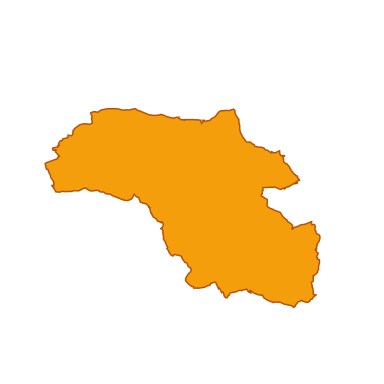 Cepari, Arges, Romania (Robinson projection), rotated 197°
{"feature_id": "2599482B57703941239263", "entity_name": "Cepari", "entity_type": "district", "adm_level": 2, "iso_a3": "ROU", "parent_name": "Romania", "parent_adm1": "Arges", "projection": "robinson", "projection_center": [24.502, 45.211], "detail": "fine", "context": "isolated", "style": "filled", "palette": "amber", "viewbox_px": 384, "rotation_deg": 197, "n_neighbors": 0, "source": "geoboundaries", "source_scale": "gbopen_adm2", "svg_char_len": 5982}
<svg xmlns="http://www.w3.org/2000/svg" viewBox="0 0 384 384"><g transform="rotate(197 192 192)"><path d="M312.1,238.0L309.6,234.9L309.6,232.9L307.5,229.1L309.0,227.0L313.3,226.2L316.3,225.2L319.0,223.4L322.9,218.3L323.2,216.5L323.8,215.5L323.2,214.4L323.0,212.4L323.5,210.6L325.5,210.2L327.1,210.2L326.7,207.7L331.2,204.9L331.2,203.2L332.8,202.6L333.8,199.5L332.6,197.8L333.9,197.3L333.7,196.4L333.5,196.2L333.5,195.7L337.3,193.9L338.1,193.0L337.7,191.9L337.2,191.4L336.3,191.4L335.5,191.8L334.9,192.5L334.2,192.5L334.1,192.0L334.5,191.1L334.1,190.3L329.2,187.4L330.4,186.4L330.5,184.4L339.9,177.4L340.7,176.1L337.8,171.2L336.4,171.5L334.9,169.2L332.3,166.6L331.3,164.6L326.9,161.0L326.8,159.8L326.1,158.2L327.9,157.3L326.9,156.1L326.3,156.4L325.6,156.3L325.4,155.3L322.2,152.3L318.4,153.2L316.0,154.9L314.3,155.0L307.9,157.1L305.0,158.8L300.5,160.1L296.4,164.0L294.4,164.7L291.9,163.6L289.1,163.4L286.1,164.5L284.1,165.6L281.8,165.9L279.2,165.2L278.0,165.8L276.3,166.1L273.9,165.1L269.3,166.0L266.7,165.2L254.8,164.3L251.3,164.9L248.6,166.8L247.3,168.5L246.7,172.9L243.8,171.2L241.5,171.0L240.8,170.3L238.4,167.1L232.1,167.2L227.9,164.8L228.4,164.5L228.2,164.4L227.0,163.1L226.5,162.2L226.2,161.2L225.5,160.7L225.3,160.1L225.1,160.1L224.7,159.5L224.2,159.4L223.9,158.9L221.5,156.6L220.2,156.4L218.2,155.8L216.9,154.5L215.6,153.8L214.9,154.3L212.6,153.6L212.2,154.7L210.4,153.4L209.7,151.5L210.2,149.3L211.0,148.4L211.1,147.7L209.7,147.8L208.2,145.7L208.1,144.7L206.1,140.8L205.6,138.7L203.2,136.6L199.0,131.6L199.5,130.6L197.3,128.9L195.6,126.9L193.3,125.4L191.5,125.2L191.1,126.6L189.7,127.2L184.1,127.6L183.2,127.2L182.2,125.8L178.3,122.6L176.2,122.7L174.1,119.9L172.4,119.1L171.4,119.1L170.1,117.7L170.0,115.4L171.7,112.4L172.7,108.1L172.5,105.8L171.0,104.3L169.6,103.8L168.9,103.2L165.7,101.9L162.8,101.7L162.5,100.6L157.5,102.0L153.9,103.7L151.4,105.2L150.7,106.2L147.6,108.2L147.5,109.9L143.8,112.6L142.7,112.2L138.4,107.2L138.0,108.1L137.2,107.8L134.3,104.4L133.0,105.3L132.1,104.2L130.7,101.8L129.0,100.8L127.5,101.1L127.0,103.6L126.1,104.4L126.3,105.7L125.9,106.7L120.8,109.4L118.4,111.5L116.9,112.1L115.4,112.2L114.6,113.4L112.3,114.3L111.6,115.1L110.3,114.2L108.9,113.0L106.4,112.7L107.8,114.5L106.9,115.0L106.1,113.9L104.7,114.2L103.7,113.5L101.2,113.2L100.5,113.4L99.3,113.0L94.4,113.8L92.1,111.7L88.2,110.6L81.7,110.1L81.3,110.8L76.7,112.1L74.6,112.3L71.6,111.7L65.2,112.3L62.5,112.2L61.2,111.4L60.0,112.6L60.3,113.0L58.3,118.1L56.8,119.0L55.7,120.4L55.2,120.5L54.6,120.0L54.1,119.8L53.6,120.0L50.1,119.9L48.8,120.5L48.5,121.0L47.4,122.1L47.4,123.4L47.2,123.9L46.7,124.3L45.9,124.6L45.5,125.3L45.6,126.0L45.5,126.5L43.3,129.7L45.7,129.5L46.1,129.7L46.5,130.3L46.5,131.4L47.4,133.2L48.0,134.8L48.6,135.7L49.4,136.3L49.5,137.2L51.3,140.2L51.3,140.8L50.3,141.5L50.1,141.9L50.2,143.1L50.7,144.3L51.3,147.0L51.6,147.4L50.8,147.7L50.6,148.4L49.4,150.0L48.7,151.4L48.5,152.0L48.8,153.2L48.3,154.8L49.2,157.7L49.4,160.2L49.3,161.3L49.7,162.4L50.1,164.1L50.5,164.5L52.5,164.6L52.7,165.7L53.8,166.1L53.9,166.9L53.3,170.3L55.3,171.0L55.8,171.7L56.0,172.6L57.1,172.7L57.4,172.9L57.0,173.7L56.2,174.3L56.7,175.0L56.8,175.7L56.5,176.4L57.3,178.2L56.7,179.0L56.7,180.2L56.2,181.2L56.2,181.8L56.0,182.5L56.1,184.7L56.4,186.1L56.8,187.0L57.5,188.0L60.6,188.7L61.4,189.2L61.9,189.9L62.1,191.0L63.0,191.3L63.3,191.6L63.7,192.9L63.7,193.8L64.2,195.0L64.4,195.7L64.9,196.4L65.9,196.7L66.6,196.5L67.3,195.8L67.9,195.8L68.7,196.9L68.9,198.6L69.3,198.5L73.4,195.0L75.2,193.8L77.7,192.8L78.8,192.1L80.3,190.3L82.1,189.3L83.4,188.3L84.5,187.0L85.2,185.7L85.4,185.6L85.7,186.4L85.5,188.3L86.2,189.5L87.6,190.3L89.6,191.1L92.2,191.8L92.5,192.1L92.7,192.7L93.0,193.0L94.3,193.3L95.6,194.0L98.0,195.0L101.4,198.2L102.1,198.4L106.5,198.5L110.7,199.2L112.3,199.2L114.5,199.7L115.7,200.3L116.4,201.1L117.1,204.8L117.8,206.8L118.2,207.0L120.7,207.4L122.8,208.2L124.3,208.3L124.7,209.1L125.0,209.8L124.2,210.7L124.9,212.7L124.9,213.6L124.4,214.3L124.9,215.3L125.7,216.5L125.5,216.9L114.1,220.9L112.9,220.9L109.3,220.4L108.1,220.4L107.2,220.8L106.4,222.0L105.7,222.0L104.8,222.9L104.4,222.6L104.4,222.1L104.2,222.2L103.8,222.5L103.8,223.6L102.3,224.8L101.9,225.1L101.6,224.9L100.2,226.2L100.2,226.8L99.7,227.0L98.2,228.4L97.5,229.6L96.7,229.6L96.5,230.4L96.0,230.3L95.7,231.3L95.5,231.2L95.6,230.6L95.3,230.4L94.8,230.6L93.9,231.3L93.8,231.6L94.9,232.0L95.1,232.4L94.4,233.3L92.6,234.8L94.4,236.1L95.3,236.4L95.5,237.6L95.8,237.9L96.5,238.1L97.4,238.0L98.1,238.7L99.0,238.7L102.5,240.9L106.8,245.0L107.9,245.5L108.9,246.4L111.5,246.9L112.7,247.4L113.5,248.3L113.7,249.6L114.0,250.1L115.2,251.7L115.1,252.2L114.2,253.1L114.0,253.5L115.0,253.7L117.3,252.7L117.9,252.8L118.5,253.7L118.9,253.8L119.5,254.5L119.8,255.9L120.3,257.0L121.4,256.1L122.6,254.8L124.8,253.5L126.1,253.2L127.5,254.0L127.7,253.7L127.7,252.7L127.9,252.5L128.7,253.0L129.6,253.1L131.4,253.9L132.5,254.0L133.2,253.7L134.0,253.7L136.1,255.1L138.7,255.1L142.0,254.2L143.6,254.4L145.0,254.0L145.5,254.3L146.6,255.6L148.6,255.6L150.0,256.5L151.5,256.7L153.8,255.7L154.6,255.8L159.4,259.3L163.1,263.1L164.7,266.0L165.9,269.7L167.1,271.5L167.6,272.6L168.0,273.8L168.2,274.8L170.9,277.0L172.9,278.8L174.3,280.8L174.8,282.5L176.4,283.4L180.2,280.8L183.5,279.9L188.6,277.8L190.1,275.8L191.9,270.7L195.0,267.6L195.1,266.6L196.4,265.5L200.5,263.3L201.3,264.2L202.7,263.7L201.9,262.9L202.8,260.4L204.2,262.0L204.6,263.0L205.0,263.1L207.1,262.8L210.7,261.8L213.1,261.4L214.0,260.9L220.1,259.1L220.0,258.5L220.8,258.3L221.0,258.7L224.0,257.9L225.4,258.6L226.3,258.6L226.5,259.7L227.1,259.2L228.7,259.0L230.4,257.6L231.6,257.1L235.2,256.9L237.4,256.6L242.1,257.2L244.4,257.1L244.4,256.9L246.8,255.6L248.9,254.8L252.0,253.8L254.1,253.6L254.9,253.2L266.1,254.3L268.2,254.1L269.1,254.7L270.4,255.1L272.2,254.4L276.4,251.9L279.3,251.3L280.2,250.7L282.6,249.9L284.4,250.0L287.0,249.8L290.8,249.0L297.3,246.8L301.4,244.7L303.1,243.6L304.2,242.3L305.1,240.8L309.0,240.3L311.0,239.0L312.1,238.0Z" fill="#f59e0b" stroke="#b45309" stroke-width="1.5"/></g></svg>